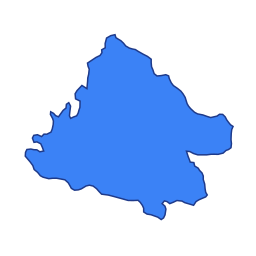 São José da Bela Vista, São Paulo, Brazil, rotated 85°
{"feature_id": "56859067B616331535094", "entity_name": "São José da Bela Vista", "entity_type": "district", "adm_level": 2, "iso_a3": "BRA", "parent_name": "Brazil", "parent_adm1": "São Paulo", "projection": "orthographic", "projection_center": [-47.627, -20.59], "detail": "fine", "context": "isolated", "style": "filled", "palette": "blue", "viewbox_px": 256, "rotation_deg": 85, "n_neighbors": 0, "source": "geoboundaries", "source_scale": "gbopen_adm2", "svg_char_len": 2391}
<svg xmlns="http://www.w3.org/2000/svg" viewBox="0 0 256 256"><g transform="rotate(85 128 128)"><path d="M161.2,225.1L164.3,221.9L167.9,219.5L169.6,216.9L171.6,211.3L171.5,207.6L171.8,203.6L173.0,199.2L174.1,195.4L177.4,192.3L180.4,190.9L183.2,189.7L185.3,186.7L185.3,182.9L184.6,179.9L182.1,174.8L181.6,171.4L182.8,167.8L185.7,164.6L188.6,162.5L191.6,160.1L193.1,153.4L195.1,147.8L197.4,141.6L200.2,134.1L200.7,129.0L200.9,124.3L203.1,122.3L206.4,120.4L209.3,119.4L213.0,119.7L215.4,116.6L216.4,112.6L219.4,106.1L222.1,102.9L220.7,100.4L217.8,98.7L212.1,97.3L209.1,98.0L206.3,100.6L203.8,98.1L204.7,95.5L207.0,93.0L205.9,89.3L204.5,85.6L205.5,80.6L207.3,78.0L208.9,73.9L210.7,69.4L207.2,66.6L205.7,63.6L204.5,60.0L203.4,56.6L201.6,54.9L198.8,56.2L195.1,56.5L190.5,56.5L185.9,57.5L182.4,57.2L179.2,58.2L176.5,60.4L174.1,61.6L171.7,64.9L168.2,65.4L167.4,69.0L164.6,69.7L162.0,70.5L158.9,71.2L156.2,71.8L156.9,68.4L159.1,65.0L160.8,60.9L161.2,56.3L161.6,52.0L161.4,47.5L161.7,43.9L162.1,40.6L161.3,35.4L158.9,32.3L158.2,29.7L156.6,27.1L152.6,26.3L148.7,26.4L146.1,26.1L142.3,25.6L138.6,24.8L135.6,23.2L133.7,25.6L131.2,27.3L128.6,28.9L125.4,30.2L122.7,32.5L122.3,35.6L123.9,38.3L124.8,44.7L123.5,47.9L121.5,52.3L120.0,57.5L118.1,60.4L114.1,64.0L111.5,65.8L108.9,67.0L102.5,68.4L98.8,70.2L95.9,72.1L93.0,75.1L89.7,79.1L86.7,81.0L82.3,82.6L79.6,83.0L78.2,85.7L78.7,90.4L78.7,94.5L76.2,97.2L72.0,98.2L69.0,99.2L64.8,99.2L61.5,98.9L58.4,102.3L55.9,106.3L52.4,111.4L50.5,113.8L49.7,116.6L48.5,119.7L46.1,123.1L43.1,125.1L40.4,127.5L38.7,129.9L36.9,132.2L33.9,132.8L34.5,137.1L36.5,141.5L41.8,143.4L46.1,143.7L47.8,147.4L50.7,147.4L53.3,149.5L54.9,153.7L57.3,158.1L59.8,162.7L63.1,162.4L66.0,161.5L71.0,162.5L74.6,163.7L78.1,164.2L85.2,165.5L81.6,170.2L86.3,175.5L89.3,177.7L94.4,177.7L97.0,173.4L103.3,174.1L105.7,175.2L108.9,176.4L111.4,178.1L112.3,181.4L113.4,184.3L110.8,185.3L107.1,184.6L101.2,183.3L97.6,184.8L99.0,187.3L102.7,188.0L104.8,191.1L107.7,193.6L110.8,196.3L109.4,199.0L106.9,200.9L105.1,203.6L107.7,204.1L111.9,202.3L114.5,201.7L118.0,202.2L122.5,203.6L125.4,205.1L127.1,209.4L126.8,212.3L129.0,214.8L126.8,218.8L127.1,222.5L129.7,224.1L134.1,222.9L133.9,219.9L136.1,216.3L139.8,215.0L143.6,214.0L144.0,217.9L141.8,220.7L141.4,223.7L140.5,226.6L140.6,230.6L143.3,232.2L147.1,232.8L153.3,228.4L157.1,226.1L161.2,225.1Z" fill="#3b82f6" stroke="#1e3a8a" stroke-width="1.5"/></g></svg>